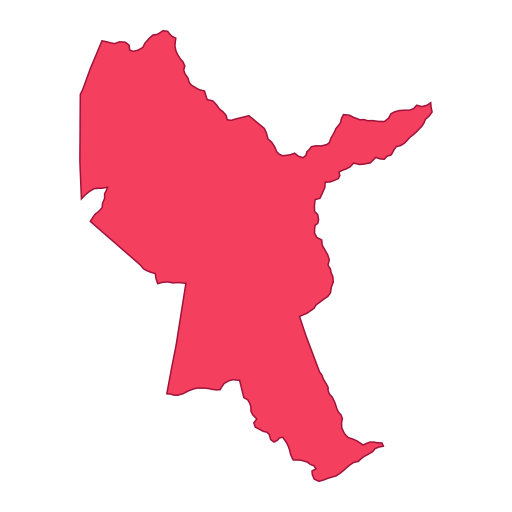 the district of Aracoiaba, Ceará, Brazil
{"feature_id": "56859067B24661252724236", "entity_name": "Aracoiaba", "entity_type": "district", "adm_level": 2, "iso_a3": "BRA", "parent_name": "Brazil", "parent_adm1": "Ceará", "projection": "orthographic", "projection_center": [-38.671, -4.503], "detail": "fine", "context": "isolated", "style": "filled", "palette": "rose", "viewbox_px": 512, "rotation_deg": 0, "n_neighbors": 0, "source": "geoboundaries", "source_scale": "gbopen_adm2", "svg_char_len": 3686}
<svg xmlns="http://www.w3.org/2000/svg" viewBox="0 0 512 512"><path d="M248.9,115.7L235.1,119.1L231.5,120.3L227.3,119.8L226.0,115.2L223.0,111.8L219.2,108.7L216.6,104.9L212.7,100.8L207.2,99.6L205.8,95.3L204.5,91.0L199.0,89.6L194.7,87.1L191.7,85.3L189.2,82.6L188.0,78.1L185.1,74.0L183.7,69.9L184.8,66.0L183.0,61.9L180.1,58.5L177.8,54.9L175.9,50.7L174.9,45.9L175.3,41.9L175.8,38.1L172.1,36.4L169.6,33.9L167.6,31.3L163.0,30.7L157.6,34.3L153.0,35.0L149.4,38.1L145.0,43.1L142.7,47.5L138.0,50.2L133.2,51.3L129.8,50.2L129.1,45.2L125.4,42.2L119.5,41.8L114.8,43.6L110.4,42.8L106.6,41.7L102.0,40.8L90.4,68.4L85.1,83.0L82.6,89.8L80.3,94.4L80.1,124.9L80.1,130.9L79.9,156.2L79.9,161.8L81.4,198.9L85.1,195.0L89.1,191.7L94.0,188.7L98.1,188.3L102.1,188.2L107.5,187.3L106.2,190.7L104.6,193.7L104.6,198.3L102.5,203.6L102.1,207.7L98.8,211.4L95.3,214.0L93.0,217.1L90.3,221.4L140.2,264.9L143.6,268.9L147.0,270.8L151.1,272.4L155.2,273.5L156.1,279.0L157.7,283.7L162.2,282.4L167.5,281.9L172.8,282.9L177.9,282.6L182.3,282.9L185.9,283.3L176.1,345.2L171.4,369.1L166.8,393.8L170.4,394.0L173.8,395.1L177.5,395.3L182.8,393.8L188.2,391.0L193.6,388.9L197.1,388.1L200.9,388.1L204.3,388.1L208.3,388.5L212.4,389.4L216.2,389.9L220.1,389.7L221.9,386.6L224.2,383.4L228.8,380.8L232.8,379.7L236.2,380.0L239.6,380.4L243.8,397.6L247.8,399.9L249.7,403.2L250.8,406.6L251.0,411.4L252.9,415.1L256.8,418.9L253.8,422.9L255.3,427.1L263.3,431.4L266.6,432.1L269.1,434.2L270.7,439.6L274.0,442.1L277.4,440.3L279.5,437.9L282.8,437.3L286.6,442.9L288.2,446.1L289.4,449.5L290.7,454.8L293.2,460.0L296.6,460.0L300.9,460.2L307.1,462.0L310.5,464.5L313.8,465.7L316.0,468.9L312.0,470.9L312.3,474.7L314.2,479.1L318.9,481.3L323.6,480.0L327.9,478.3L331.5,477.2L336.1,475.9L340.3,473.1L344.0,470.1L346.8,467.6L350.1,464.8L353.6,462.5L358.4,461.4L361.3,458.6L364.2,456.4L368.2,454.3L372.7,451.6L375.0,448.7L378.8,447.1L383.4,446.2L382.0,443.0L377.4,442.7L373.6,442.1L369.9,442.1L366.5,443.4L363.2,445.0L360.2,443.0L356.6,440.7L352.9,439.1L348.1,437.5L344.5,433.7L341.8,428.0L341.5,423.2L342.4,418.5L341.0,414.9L338.7,412.4L337.0,409.2L336.0,406.0L334.7,402.2L332.4,397.4L329.3,393.8L328.1,390.6L328.1,387.3L326.2,383.8L323.5,379.3L321.8,374.9L319.6,372.0L305.8,335.3L299.5,316.4L302.8,315.0L307.1,313.2L310.2,311.0L313.8,308.5L316.3,304.7L320.0,302.1L323.4,299.4L327.8,296.5L330.5,292.8L331.3,287.3L333.3,282.0L332.8,276.5L331.1,272.5L330.5,269.2L328.0,265.1L329.3,259.7L327.7,254.8L325.0,250.0L322.2,245.2L321.7,240.0L316.8,237.4L314.6,233.2L314.6,228.9L315.1,225.4L317.7,223.4L318.6,219.7L317.7,214.6L314.6,211.4L314.4,205.9L315.1,199.6L320.0,198.3L322.5,192.8L324.8,187.6L325.2,182.2L330.3,181.9L334.1,180.5L338.4,178.5L339.8,175.5L339.0,172.1L342.6,170.2L345.9,169.1L349.9,167.0L353.7,163.1L359.4,164.5L363.5,164.2L366.9,163.5L370.3,162.9L372.9,160.3L375.8,157.4L379.7,158.8L384.2,159.3L386.9,156.4L391.3,154.8L394.2,149.5L396.3,146.6L400.6,145.6L404.3,143.3L407.4,140.2L410.0,137.2L412.7,135.2L416.1,132.2L419.3,128.8L421.8,126.4L423.9,123.1L425.4,119.4L429.1,116.1L432.1,112.0L431.1,107.3L430.7,102.7L427.1,105.2L421.6,106.6L416.8,105.2L413.6,108.6L409.5,110.2L404.7,110.2L399.5,110.5L394.7,111.8L391.0,113.7L388.5,118.3L384.4,121.5L378.5,121.4L372.6,120.6L367.6,120.7L364.0,119.6L360.1,119.8L356.9,118.6L353.5,117.3L349.4,115.2L343.5,114.6L341.4,118.5L340.5,122.8L338.3,125.7L335.9,128.6L333.9,133.1L331.0,138.0L329.4,142.5L326.9,144.5L321.4,145.9L315.7,145.8L311.4,146.7L309.3,149.5L306.9,151.8L305.9,155.4L303.0,157.7L298.4,156.2L294.7,153.2L290.1,154.8L285.9,155.4L282.5,155.7L279.1,154.1L276.6,151.5L274.8,147.0L271.7,142.2L267.9,138.8L267.0,135.0L265.9,131.8L264.3,128.4L248.9,115.7Z" fill="#f43f5e" stroke="#9f1239" stroke-width="1.5"/></svg>